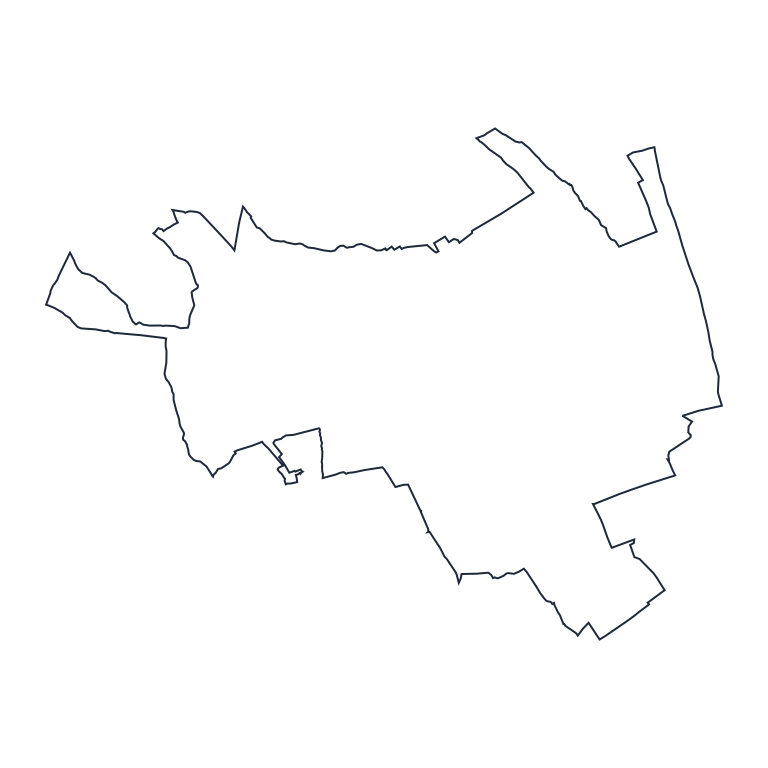 Suletea, Vaslui, Romania (Mercator projection)
{"feature_id": "2599482B74545700533017", "entity_name": "Suletea", "entity_type": "district", "adm_level": 2, "iso_a3": "ROU", "parent_name": "Romania", "parent_adm1": "Vaslui", "projection": "mercator", "projection_center": [27.899, 46.299], "detail": "fine", "context": "isolated", "style": "outline", "palette": "slate", "viewbox_px": 768, "rotation_deg": 0, "n_neighbors": 0, "source": "geoboundaries", "source_scale": "gbopen_adm2", "svg_char_len": 6087}
<svg xmlns="http://www.w3.org/2000/svg" viewBox="0 0 768 768"><path d="M649.1,604.4L647.7,602.7L664.6,590.2L656.5,577.3L653.5,573.2L639.6,559.0L634.4,557.1L630.1,544.9L633.8,543.1L634.2,539.5L611.7,547.8L607.5,537.8L602.5,523.5L600.2,518.2L593.0,504.0L594.3,504.0L619.4,494.0L632.5,489.3L647.0,484.3L675.2,475.4L672.8,470.7L669.7,463.2L667.6,459.5L669.0,459.8L668.3,455.7L669.3,451.7L688.9,438.7L690.6,437.0L690.8,435.2L688.3,432.5L688.6,426.5L692.0,421.6L683.0,416.1L683.2,415.6L698.8,410.7L721.9,405.7L718.4,394.3L717.9,391.7L718.7,376.3L715.2,364.0L713.3,359.1L712.5,355.0L712.5,352.0L709.7,340.6L708.3,331.9L706.0,321.3L703.9,313.7L700.0,296.2L697.6,287.8L693.2,276.8L688.5,264.4L682.5,246.1L678.0,230.2L676.1,225.2L675.3,221.8L672.0,213.7L670.1,208.0L667.8,203.6L663.2,185.2L661.2,180.8L660.2,177.0L655.0,151.3L654.4,147.2L648.7,148.5L642.2,150.7L632.9,152.5L627.5,155.8L629.1,158.9L635.2,167.8L642.9,180.1L638.1,182.7L646.1,200.9L648.8,207.8L650.2,214.2L656.7,231.6L619.1,246.7L615.4,241.3L614.3,240.4L611.2,239.5L609.8,237.8L608.5,235.8L606.6,231.4L606.1,228.2L601.1,225.1L598.7,219.7L594.3,215.9L591.3,212.5L587.8,209.8L586.6,208.1L585.4,209.1L583.2,205.7L581.0,201.1L580.2,201.0L579.8,200.4L578.1,196.2L575.2,193.1L573.4,190.6L572.3,186.7L571.3,185.0L570.3,185.2L570.0,184.4L569.3,183.9L568.8,184.3L564.9,181.2L562.4,180.8L556.2,175.5L555.1,174.3L553.7,171.9L549.1,169.0L546.2,166.6L540.5,160.5L539.2,158.5L535.6,155.3L529.3,148.3L521.7,142.1L519.4,142.5L515.4,141.5L506.3,135.5L502.1,133.6L495.1,128.5L486.7,133.4L484.5,135.2L476.5,138.2L478.6,140.0L479.7,141.4L481.3,142.2L483.6,144.0L489.3,149.4L501.0,157.6L503.0,160.5L506.3,164.1L513.4,169.0L517.4,172.6L526.8,184.6L528.9,187.2L530.2,188.2L533.6,192.7L500.9,213.9L472.1,230.8L472.1,233.0L459.4,242.8L457.9,240.2L454.6,239.1L453.4,239.2L448.9,242.2L445.0,236.6L434.1,243.2L438.5,251.3L436.4,252.5L434.0,251.2L427.2,245.1L407.9,247.0L403.8,247.9L401.7,249.0L399.8,246.5L394.3,249.7L391.7,246.6L386.7,250.2L386.1,249.9L385.8,249.1L385.3,249.2L385.0,248.5L381.3,250.3L376.8,250.5L372.2,248.2L361.7,244.1L360.6,244.0L356.9,244.7L353.3,246.8L348.6,247.3L347.5,247.7L346.6,247.6L343.2,245.6L340.0,246.0L337.4,247.8L335.1,250.3L334.3,250.7L330.8,251.3L323.6,250.4L314.2,248.2L308.0,247.5L304.5,245.7L302.8,244.4L300.1,243.5L294.9,244.2L286.4,242.4L283.9,241.2L281.0,241.5L275.0,240.7L271.3,239.6L269.4,237.9L267.8,237.0L265.3,233.9L260.0,228.5L257.0,227.5L256.4,226.9L250.7,217.8L251.2,216.4L247.3,212.5L244.2,207.9L243.0,206.6L239.2,222.3L234.4,250.4L231.3,246.4L218.4,232.4L203.0,216.0L199.7,213.0L197.2,212.1L191.6,211.3L188.3,211.5L185.2,212.8L183.8,211.8L172.5,210.0L173.5,211.7L174.4,214.8L176.7,220.8L177.8,222.6L173.8,224.5L170.3,226.9L166.9,228.6L163.6,231.1L161.9,229.2L159.7,228.8L158.6,228.1L157.7,228.7L155.2,232.0L153.4,233.3L159.0,238.2L163.5,241.0L170.1,248.4L172.1,251.4L174.0,255.1L176.2,255.9L178.1,257.7L185.0,260.2L187.6,262.2L190.5,266.6L195.9,283.1L196.7,284.5L197.5,284.7L197.9,285.5L197.8,287.3L197.3,288.1L192.3,291.3L191.6,292.3L192.4,298.1L194.2,304.8L194.2,305.6L190.0,315.4L189.3,319.1L189.2,323.7L188.4,325.6L187.9,327.7L180.5,328.2L175.3,326.3L173.3,326.0L165.5,325.6L162.9,326.0L160.9,325.5L149.7,325.6L143.4,324.7L139.6,322.5L138.5,322.8L136.3,324.3L135.6,324.2L132.6,321.4L130.0,316.0L129.7,314.5L128.7,312.2L127.2,307.7L127.1,305.4L124.6,302.5L117.3,296.2L111.7,292.4L105.4,285.2L102.2,282.8L97.7,280.5L96.0,278.5L94.7,277.4L89.7,274.7L82.4,273.0L80.6,271.4L78.3,269.2L76.6,266.3L75.1,263.4L74.2,260.7L70.0,252.6L58.5,276.4L57.4,279.6L54.5,283.9L53.7,284.6L52.6,286.4L50.5,291.2L50.4,292.9L46.1,304.8L48.0,305.3L54.1,307.8L62.7,312.7L65.2,315.2L69.8,318.0L72.1,321.2L77.7,327.0L81.2,328.4L95.9,329.4L103.9,331.0L106.1,331.1L108.2,330.7L109.9,331.7L115.0,333.3L116.1,333.0L141.8,335.3L163.9,338.0L166.2,338.5L165.8,340.2L165.6,344.6L165.7,346.9L166.5,350.9L166.4,359.5L166.3,362.9L164.6,372.9L164.6,374.3L165.9,378.7L168.7,382.3L171.2,386.9L171.8,388.9L172.2,391.7L173.4,393.8L173.6,394.7L173.6,399.9L176.2,410.3L179.0,418.9L179.6,423.5L180.4,426.5L183.9,432.8L184.0,434.3L183.0,437.4L183.1,439.7L185.0,441.1L187.1,444.9L187.2,446.5L188.2,449.5L188.6,452.9L189.1,454.6L190.1,456.3L193.4,459.6L196.0,460.9L200.3,461.5L206.5,466.5L210.8,473.2L211.9,475.4L213.0,476.6L213.6,474.6L215.5,473.1L218.0,469.0L221.3,468.3L228.9,463.2L230.2,461.4L233.3,455.5L234.5,454.3L235.4,453.8L235.7,453.2L234.6,451.6L237.7,450.2L252.3,445.7L262.1,441.8L263.4,443.7L268.3,448.4L283.1,465.7L278.6,467.7L277.7,469.5L278.8,471.3L282.1,474.4L283.9,477.6L285.0,478.6L284.6,481.2L285.3,482.4L285.7,484.3L287.6,483.6L290.8,483.5L297.2,482.1L296.6,477.8L295.8,474.9L298.8,474.1L299.5,473.0L300.5,473.0L300.7,473.5L301.4,472.4L302.7,471.7L301.3,470.8L300.7,469.5L295.3,471.6L294.6,470.9L289.3,472.7L284.8,464.9L279.1,457.1L281.8,454.1L274.0,444.2L273.4,443.2L273.5,442.6L275.1,440.3L281.0,438.9L282.4,437.6L286.0,435.4L293.4,434.9L318.9,428.3L319.8,429.1L319.9,430.5L319.4,431.6L320.2,433.5L320.0,435.4L320.8,437.1L321.0,440.3L322.1,442.9L321.4,445.2L321.3,446.4L322.1,448.4L321.8,449.5L322.4,451.2L322.2,458.0L321.6,462.0L322.0,462.9L322.2,465.9L321.9,466.8L322.2,467.4L322.1,468.0L322.2,471.1L323.0,474.6L322.7,478.1L335.3,474.7L339.9,472.9L343.7,472.1L346.2,473.8L348.3,472.9L354.0,472.3L364.8,470.0L382.4,467.3L384.3,469.3L386.0,472.2L387.7,474.4L395.4,487.0L403.7,484.8L408.1,484.6L420.5,510.9L421.0,510.9L420.8,511.8L428.3,529.4L428.2,531.6L427.7,532.2L429.6,531.9L440.4,548.4L444.4,556.5L446.8,559.0L455.7,572.3L456.7,574.7L458.8,582.9L460.6,578.8L461.4,575.3L461.3,574.4L462.0,574.0L476.7,573.7L488.4,572.7L491.3,575.0L493.0,578.1L494.6,577.4L496.5,578.1L497.6,578.2L498.5,578.1L503.5,575.8L506.3,573.6L508.1,573.1L514.0,573.8L518.7,571.8L523.9,568.7L526.8,572.1L537.1,587.8L540.1,593.0L544.1,598.3L546.1,600.6L547.5,601.4L549.8,601.6L551.2,602.4L552.3,604.0L554.0,603.0L554.4,604.9L557.8,612.1L559.9,615.1L563.4,624.0L564.2,624.0L565.4,625.9L576.0,633.1L577.8,635.6L582.9,628.7L588.6,622.8L599.6,639.5L605.3,636.0L626.0,621.8L634.7,615.5L639.2,611.8L649.1,604.4Z" fill="none" stroke="#1e293b" stroke-width="2"/></svg>